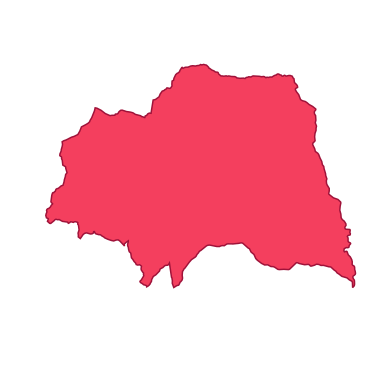 Pucara, Azuay, Ecuador (Mercator projection), rotated 259°
{"feature_id": "8360857B91188181337605", "entity_name": "Pucara", "entity_type": "district", "adm_level": 2, "iso_a3": "ECU", "parent_name": "Ecuador", "parent_adm1": "Azuay", "projection": "mercator", "projection_center": [-79.542, -3.174], "detail": "fine", "context": "isolated", "style": "filled", "palette": "rose", "viewbox_px": 384, "rotation_deg": 259, "n_neighbors": 0, "source": "geoboundaries", "source_scale": "gbopen_adm2", "svg_char_len": 6020}
<svg xmlns="http://www.w3.org/2000/svg" viewBox="0 0 384 384"><g transform="rotate(259 192 192)"><path d="M101.7,155.9L103.0,159.2L103.1,161.1L104.4,162.3L105.6,162.9L106.1,163.9L107.6,165.6L109.3,166.3L112.2,166.5L115.7,167.5L118.2,169.7L118.6,170.5L123.6,175.9L125.7,178.6L127.5,182.8L128.2,183.8L129.7,184.9L131.2,186.9L132.0,187.5L132.5,188.2L132.9,189.4L136.5,196.2L136.7,197.6L136.5,199.3L133.7,206.1L133.2,208.6L133.6,209.9L133.6,211.8L133.1,213.4L134.2,216.0L134.3,217.2L133.2,222.5L132.7,227.8L132.7,230.6L132.1,232.0L126.3,236.4L125.3,237.6L121.8,238.5L118.9,240.9L114.5,241.9L112.6,243.1L108.7,246.6L106.5,249.4L106.1,252.4L103.8,255.2L103.2,257.6L102.3,258.9L99.7,261.5L99.2,262.8L98.6,267.4L97.4,272.0L97.6,273.1L102.7,281.0L102.3,282.3L101.4,283.5L99.1,288.7L98.8,292.2L98.1,293.4L96.8,294.1L96.6,294.5L96.5,295.3L96.8,298.4L97.3,300.1L97.3,300.8L96.6,302.8L95.3,304.6L94.9,307.1L92.5,312.0L92.0,313.8L91.7,314.1L88.3,316.6L86.8,318.1L84.9,319.0L83.2,320.8L80.6,323.0L78.1,327.8L75.8,329.6L73.8,332.0L72.6,332.2L68.0,331.5L67.8,331.8L69.0,333.4L70.5,334.0L73.6,334.5L74.6,334.5L75.9,333.9L77.6,333.6L78.4,333.9L78.9,334.4L79.3,335.5L80.1,336.6L81.0,337.0L83.1,337.1L84.6,336.9L87.3,337.3L88.5,336.9L89.4,335.8L90.3,335.4L93.0,336.0L95.1,335.9L98.1,335.0L100.5,333.4L104.0,332.8L104.4,332.2L104.2,330.2L105.3,329.9L107.3,330.6L108.0,332.8L107.6,334.3L107.7,335.1L107.9,335.5L109.6,336.2L110.8,337.7L111.3,337.9L111.8,337.7L113.0,336.2L113.8,335.8L117.0,336.4L118.8,336.0L119.5,336.7L119.7,339.0L120.0,339.2L120.9,339.5L122.3,339.2L123.6,339.8L124.6,340.0L125.1,339.7L126.1,336.0L126.6,335.4L127.8,335.2L128.6,335.6L129.8,336.8L131.4,337.0L134.3,335.9L136.3,334.2L138.3,333.5L142.0,333.9L145.9,333.6L149.7,334.7L152.8,336.0L153.8,336.0L156.8,333.9L159.3,329.7L163.6,326.0L164.5,325.9L166.8,326.9L169.3,327.4L173.1,326.0L174.7,325.7L177.4,326.0L179.2,326.9L182.5,326.4L184.6,326.6L189.6,326.1L192.0,326.2L193.9,325.2L197.2,325.2L200.8,324.2L204.7,323.5L206.0,322.9L208.3,320.8L211.0,320.7L215.2,319.6L215.9,319.6L216.9,320.0L218.4,322.2L218.9,322.6L222.8,322.9L226.0,323.9L228.8,325.5L231.1,326.0L232.9,326.8L236.4,326.2L238.8,327.3L242.6,327.8L243.5,327.9L245.1,327.2L246.6,327.2L247.7,327.6L249.1,329.2L249.9,329.3L252.9,326.8L255.6,323.6L257.8,321.9L259.2,320.5L260.6,317.7L262.0,316.2L267.3,315.3L270.2,313.8L272.6,313.0L273.6,313.3L274.1,314.2L274.5,315.6L274.8,315.7L276.1,315.7L277.4,315.2L279.9,313.5L283.8,313.7L285.0,312.8L286.4,312.6L286.6,312.4L287.6,310.7L287.9,309.3L287.8,306.6L288.0,306.2L288.9,305.3L288.9,304.7L288.4,303.5L288.5,302.6L289.7,301.9L290.1,300.9L291.1,299.8L291.5,298.9L291.4,298.0L290.8,297.0L290.8,296.1L290.5,294.7L289.6,292.4L290.0,290.5L289.8,289.1L290.4,287.4L290.1,286.6L290.2,286.2L291.3,285.2L291.7,284.5L291.9,282.2L292.7,280.3L294.3,274.0L293.7,271.7L294.3,269.6L294.0,268.4L294.1,267.1L293.3,265.8L293.4,265.4L293.9,264.5L294.5,260.5L295.5,257.7L296.3,257.2L297.1,256.1L297.9,252.7L298.9,250.3L298.9,248.8L299.5,247.7L299.6,245.2L300.0,244.4L300.4,242.6L302.7,240.7L304.3,240.4L304.7,239.9L305.4,237.8L306.6,236.8L308.1,234.6L309.9,233.0L310.2,232.4L311.3,232.1L313.4,230.7L314.0,230.1L314.3,229.1L315.0,227.9L314.9,225.7L315.5,224.9L314.9,223.1L315.1,221.2L315.0,219.4L315.8,216.8L315.9,214.7L315.3,211.9L315.7,209.6L315.6,208.3L315.1,206.8L315.4,206.4L316.2,206.1L316.1,205.7L313.8,203.5L312.4,202.6L311.5,201.0L311.3,200.0L310.3,198.4L307.1,196.0L305.2,195.2L304.7,193.6L301.6,192.8L299.9,192.6L298.3,191.0L297.9,190.3L298.0,189.8L299.0,187.3L298.0,186.2L297.6,184.8L297.0,184.0L296.7,182.0L294.3,179.5L291.7,177.8L289.8,173.8L289.7,171.4L277.1,166.8L277.6,165.1L277.2,163.6L275.9,162.1L275.5,160.5L274.1,159.9L274.2,159.4L275.3,158.0L275.6,157.0L276.4,156.4L276.8,155.9L279.0,151.2L280.8,149.4L281.4,148.4L282.2,146.7L283.5,143.0L285.7,139.0L285.8,137.5L284.7,135.6L283.1,134.2L282.9,133.3L283.1,131.7L282.9,131.4L282.3,131.2L282.1,130.7L282.6,127.7L282.6,126.1L285.6,121.8L289.5,118.4L292.4,114.7L293.1,113.0L290.2,111.7L284.0,107.7L281.8,105.7L280.4,104.8L279.4,103.3L278.5,100.9L277.0,95.9L273.2,93.5L270.2,90.9L269.1,86.9L268.8,84.2L267.1,78.3L266.8,76.0L266.1,74.1L263.5,74.0L261.8,73.4L258.6,71.8L257.2,71.4L254.7,69.7L253.1,69.2L252.5,69.4L251.7,70.4L251.0,70.6L249.5,70.3L247.9,70.7L243.1,70.3L240.9,72.7L239.3,72.6L234.7,73.0L233.4,71.4L232.8,71.1L231.3,70.6L228.5,69.1L226.3,68.3L223.2,66.6L223.0,64.8L221.0,61.3L221.1,60.3L220.6,59.0L218.7,57.8L218.4,56.9L217.7,56.1L217.9,55.3L217.5,54.8L215.7,53.8L209.5,51.7L209.1,51.7L207.9,52.3L207.2,52.9L206.7,52.7L205.9,51.4L204.2,50.0L203.3,48.4L203.0,46.9L202.5,46.2L201.7,45.7L200.6,45.8L199.8,45.6L198.3,44.6L196.8,44.0L194.4,44.2L193.4,45.7L192.9,45.8L190.8,44.5L188.4,46.3L188.1,47.3L190.1,51.1L190.9,52.1L191.2,53.2L190.3,55.1L190.4,56.2L187.9,59.2L186.3,63.8L186.0,64.3L184.9,64.6L185.2,66.0L185.9,67.1L185.8,67.7L184.8,69.8L185.2,71.0L185.1,71.9L184.1,73.8L183.7,74.1L182.3,73.7L181.1,74.2L176.3,73.9L173.4,72.3L171.4,72.2L169.6,71.8L167.6,73.5L171.1,77.1L171.9,78.8L172.0,80.7L170.2,84.2L170.0,85.9L170.5,87.3L171.8,87.9L171.9,88.4L171.6,88.7L170.6,88.8L169.3,89.6L167.9,92.3L167.5,94.0L166.0,95.2L164.8,96.7L163.6,97.6L161.7,100.3L159.8,103.6L158.9,105.8L159.3,108.4L159.1,110.4L157.7,111.8L152.3,115.2L151.8,115.3L152.5,115.5L153.2,115.3L153.8,115.6L155.2,117.8L156.2,120.1L155.1,119.9L152.9,118.8L151.4,118.6L149.9,118.9L147.5,118.8L145.4,119.0L143.9,120.1L143.4,120.2L139.0,120.0L137.2,121.0L134.8,121.9L133.2,123.0L131.4,123.4L130.6,124.9L130.6,126.7L128.9,128.2L128.5,128.2L126.9,127.5L125.3,127.3L122.8,128.3L121.7,129.0L120.3,128.6L119.0,128.7L115.3,125.4L114.4,124.0L113.9,123.8L112.9,124.2L111.6,125.7L110.2,126.8L109.2,128.9L108.4,129.5L107.6,129.4L107.9,130.6L108.7,132.1L109.8,133.4L110.2,133.5L111.9,135.1L113.7,135.7L116.5,137.9L117.6,140.7L120.4,144.7L120.7,145.1L122.2,145.8L122.6,146.3L123.4,149.0L124.8,151.1L125.0,152.0L124.8,154.2L125.1,155.0L126.6,156.3L112.2,155.6L111.5,155.9L108.6,155.8L106.1,155.2L101.7,155.9Z" fill="#f43f5e" stroke="#9f1239" stroke-width="1.5"/></g></svg>